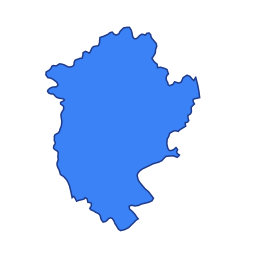 outline of Iwye, Grodno, Belarus, rotated 78°
{"feature_id": "67162791B89656925241953", "entity_name": "Iwye", "entity_type": "district", "adm_level": 2, "iso_a3": "BLR", "parent_name": "Belarus", "parent_adm1": "Grodno", "projection": "orthographic", "projection_center": [25.918, 54.018], "detail": "fine", "context": "isolated", "style": "filled", "palette": "blue", "viewbox_px": 256, "rotation_deg": 78, "n_neighbors": 0, "source": "geoboundaries", "source_scale": "gbopen_adm2", "svg_char_len": 3482}
<svg xmlns="http://www.w3.org/2000/svg" viewBox="0 0 256 256"><g transform="rotate(78 128 128)"><path d="M91.8,51.2L92.7,51.5L95.3,53.7L93.4,55.1L90.4,56.7L88.6,59.3L90.2,63.6L94.0,66.3L94.7,68.9L92.5,72.8L94.7,75.0L95.2,78.4L94.1,79.7L91.8,79.7L89.8,80.4L87.2,80.4L84.7,79.1L83.6,77.2L78.9,77.7L77.5,79.5L75.3,83.6L75.1,86.5L71.7,86.2L68.6,88.7L64.9,90.1L62.2,87.4L60.4,85.8L56.5,84.5L54.3,83.0L51.8,82.8L51.3,82.8L44.5,86.4L41.3,86.5L39.4,87.7L39.3,89.9L40.8,91.7L40.1,92.8L39.1,94.9L40.1,97.6L41.6,99.6L42.4,101.6L41.9,103.3L40.2,104.3L38.0,104.4L35.5,104.3L32.5,104.6L29.8,105.7L29.3,108.4L29.2,111.5L30.7,114.0L31.9,115.7L33.9,117.2L34.7,120.1L33.4,122.1L30.9,123.5L31.0,125.8L32.3,128.3L33.3,133.2L33.6,136.6L36.3,137.5L39.2,138.3L41.4,140.0L41.2,143.1L41.2,145.1L42.5,146.8L44.9,148.5L46.7,150.2L45.4,151.9L44.2,153.7L45.0,156.3L47.2,156.9L50.1,158.3L49.9,160.7L50.2,162.4L50.4,164.4L50.8,165.8L52.5,167.0L54.5,167.5L55.7,168.4L56.2,169.8L56.3,171.7L55.9,173.7L54.6,175.3L52.9,177.4L51.7,179.6L51.0,181.6L51.6,183.3L52.2,184.7L52.2,186.1L51.4,188.0L51.7,189.6L53.1,190.5L54.6,192.2L55.4,193.9L55.8,195.2L56.2,196.4L58.9,197.3L62.1,195.9L63.0,193.6L64.3,191.7L66.3,189.9L68.4,188.1L71.4,187.5L72.7,189.2L72.6,191.4L72.3,193.5L72.9,196.2L74.1,198.3L75.4,199.1L77.3,198.3L78.8,196.0L78.8,194.9L79.7,193.6L81.1,192.9L83.0,191.6L84.0,190.2L84.9,188.2L85.9,185.5L87.2,184.3L88.2,185.5L88.7,188.1L89.4,188.8L90.7,188.8L92.3,187.3L93.6,186.5L96.4,187.1L97.9,188.6L100.0,190.4L101.9,191.0L105.0,191.2L107.4,191.3L110.3,192.1L112.5,193.0L114.2,194.2L115.5,195.0L116.8,195.5L118.4,197.3L118.9,199.2L119.5,200.9L121.1,201.9L122.2,202.0L124.5,202.6L125.8,202.6L127.2,202.1L128.4,202.6L129.8,204.1L131.9,205.0L133.2,204.6L134.7,203.2L135.7,202.1L137.5,201.3L140.5,202.3L142.2,202.7L144.0,202.7L145.5,203.4L147.2,204.6L149.4,205.1L151.1,205.0L152.6,204.7L154.1,204.2L157.8,203.8L159.3,203.8L160.4,202.8L161.4,201.7L162.7,200.6L164.4,199.7L165.7,198.9L168.3,198.0L170.6,197.6L172.7,197.2L175.0,197.2L177.5,197.1L180.2,197.1L184.5,197.1L183.5,195.7L184.9,194.6L188.9,193.5L188.5,190.9L188.5,188.0L188.3,185.6L187.2,184.4L188.9,182.7L190.9,182.7L192.3,182.7L192.7,181.6L193.9,179.5L196.8,180.2L198.6,182.1L200.0,181.6L202.4,178.4L203.8,177.1L205.0,175.4L206.6,173.9L208.2,173.4L210.6,173.4L212.4,173.1L214.9,171.9L214.8,169.7L214.3,168.2L212.6,165.8L212.1,163.8L213.2,162.2L215.7,161.1L219.0,160.5L221.3,159.6L225.1,158.3L226.8,156.6L226.7,152.4L225.6,148.1L223.8,145.4L221.6,141.9L219.7,139.0L219.0,136.9L216.5,138.2L214.5,138.9L212.1,140.2L209.6,141.8L207.8,143.3L206.1,143.3L204.7,143.1L204.3,141.0L204.8,139.3L205.7,137.5L205.9,134.0L205.1,130.2L205.1,126.2L204.9,122.8L204.2,119.7L202.0,117.7L200.2,118.5L197.3,119.9L194.6,121.2L191.0,124.0L186.6,126.3L183.4,128.0L180.3,128.9L176.1,128.9L174.3,127.8L172.4,125.5L171.0,122.4L170.1,118.6L169.3,115.2L168.2,111.0L167.9,107.0L167.8,105.0L166.9,101.6L165.3,99.4L163.8,97.1L163.8,95.1L164.2,92.0L164.7,89.4L166.9,86.0L166.0,84.2L165.1,83.3L163.1,85.3L161.3,85.3L159.6,84.0L158.4,84.4L157.1,85.1L158.6,87.8L159.1,90.7L158.4,92.4L155.9,93.3L151.5,93.3L147.0,92.0L144.8,90.0L141.9,88.4L140.6,84.8L140.4,82.6L141.5,79.9L141.8,79.6L140.7,78.1L139.5,74.9L138.8,72.9L138.3,71.2L136.6,71.2L134.8,71.0L134.6,68.5L133.3,67.0L131.3,67.2L128.2,66.9L127.2,64.0L125.6,62.7L123.7,62.3L120.9,62.0L119.5,60.0L118.3,58.0L115.5,58.9L113.4,58.1L113.2,55.5L113.2,51.6L107.8,51.1L100.7,50.9L91.8,51.2Z" fill="#3b82f6" stroke="#1e3a8a" stroke-width="1.5"/></g></svg>